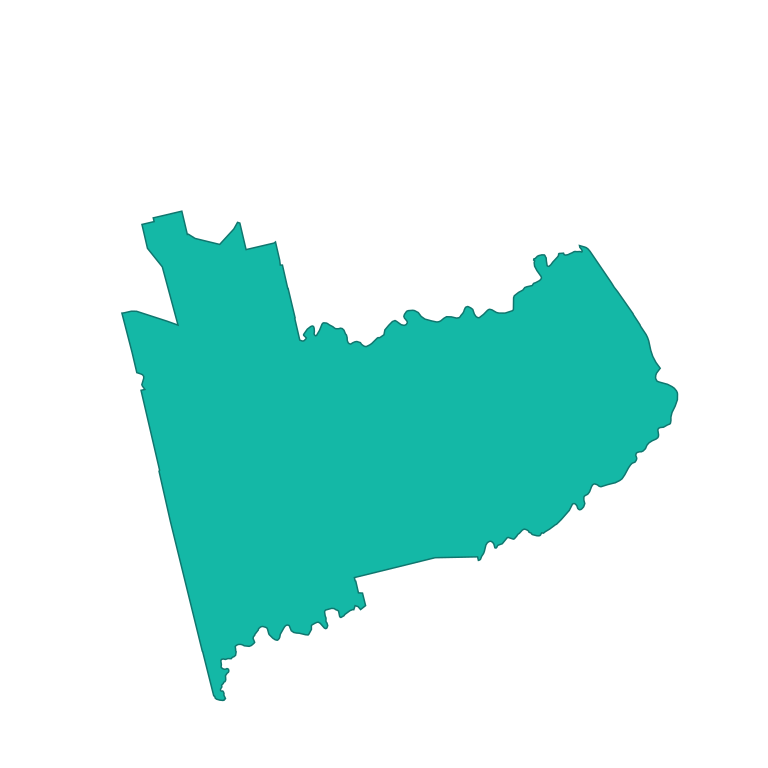 outline of Darebin, Victoria, Australia, rotated 249°
{"feature_id": "25037944B70656955995006", "entity_name": "Darebin", "entity_type": "district", "adm_level": 2, "iso_a3": "AUS", "parent_name": "Australia", "parent_adm1": "Victoria", "projection": "albers", "projection_center": [145.008, -37.738], "detail": "fine", "context": "isolated", "style": "filled", "palette": "teal", "viewbox_px": 768, "rotation_deg": 249, "n_neighbors": 0, "source": "geoboundaries", "source_scale": "gbopen_adm2", "svg_char_len": 6171}
<svg xmlns="http://www.w3.org/2000/svg" viewBox="0 0 768 768"><g transform="rotate(249 384 384)"><path d="M544.1,164.7L503.6,160.1L483.2,157.3L480.7,160.4L479.2,161.9L477.2,162.4L475.4,161.7L470.2,157.7L468.8,157.7L464.6,158.8L465.2,154.9L383.9,143.6L383.2,142.7L332.1,135.3L199.6,118.6L199.2,118.8L154.0,113.3L153.0,114.0L151.1,113.9L149.7,114.8L147.8,117.3L146.3,120.2L146.2,121.1L146.9,122.3L146.6,122.3L147.2,123.3L150.9,123.0L152.3,123.7L153.9,123.8L155.2,123.4L155.3,122.6L155.6,122.1L156.4,121.6L157.8,122.1L159.3,124.1L161.0,124.4L162.1,126.8L162.8,127.3L163.1,128.1L163.1,128.8L163.7,129.6L164.7,130.3L168.5,131.5L170.2,133.9L170.7,135.5L171.7,136.3L173.4,136.6L174.2,136.0L174.6,135.4L174.5,134.1L174.9,132.8L175.7,131.7L177.4,130.6L178.2,130.5L180.2,131.6L184.2,132.5L185.1,133.7L184.9,135.4L183.7,137.2L183.6,139.9L182.3,142.9L183.2,144.5L183.2,146.2L183.9,148.2L187.0,150.0L188.7,150.0L189.4,150.4L192.2,151.0L192.8,152.2L193.1,154.0L192.9,155.2L192.2,157.0L191.3,158.3L189.7,159.7L187.4,164.1L187.4,166.5L188.1,168.5L188.6,169.8L189.2,170.7L193.4,170.6L194.7,171.4L195.8,173.3L196.5,173.7L199.4,178.5L200.5,179.2L201.4,181.7L201.3,183.3L200.9,184.2L199.3,186.3L198.3,187.2L196.8,187.4L192.1,186.9L191.2,187.0L186.5,189.1L184.3,190.7L183.4,191.9L183.0,192.8L183.3,193.8L184.0,195.0L184.9,195.9L187.5,197.5L192.3,203.3L193.2,204.6L193.7,206.0L193.7,206.9L193.4,207.8L192.5,208.9L186.9,209.0L184.4,210.7L182.9,213.0L181.7,215.6L178.1,220.8L176.9,223.2L177.3,224.1L180.9,228.3L184.4,229.6L184.9,230.5L185.4,233.9L185.5,236.2L185.1,237.4L183.4,238.7L177.7,240.8L176.7,241.6L176.5,242.1L176.5,242.9L177.5,244.0L178.7,244.9L181.3,245.1L183.1,244.7L186.3,246.0L188.6,246.0L192.3,246.8L193.0,247.1L193.9,248.4L193.3,254.7L192.1,257.2L190.9,257.8L189.3,259.5L188.3,260.2L183.0,259.3L181.8,259.6L181.5,260.3L182.0,263.6L182.9,264.9L184.6,271.1L184.6,274.0L184.1,274.9L187.4,277.6L185.5,280.0L181.8,281.3L183.7,287.4L196.5,289.0L198.2,285.3L210.1,287.0L210.6,286.5L213.9,287.0L203.5,369.5L189.1,409.4L185.5,408.9L185.4,409.3L185.5,410.6L185.8,411.3L188.1,413.4L190.1,416.2L191.6,417.6L197.1,421.4L198.7,423.5L199.2,425.2L199.2,426.6L198.8,427.5L197.2,428.7L195.0,429.2L191.4,428.8L190.7,429.7L191.1,430.8L191.7,431.3L192.6,432.6L192.5,437.2L196.3,443.9L196.3,444.9L193.1,448.8L192.7,449.5L192.8,450.3L194.4,453.4L195.2,454.4L195.8,455.5L196.1,456.9L198.1,460.9L198.3,462.9L197.2,464.5L195.3,466.1L193.6,466.3L192.2,467.8L190.6,468.3L189.9,469.0L187.5,472.4L186.9,473.8L186.6,475.0L186.9,475.9L188.5,477.8L187.6,479.5L188.3,481.6L189.2,486.7L191.1,493.3L191.3,495.0L194.0,501.1L199.6,511.7L204.4,517.0L204.3,518.5L203.8,519.3L203.0,519.8L201.3,520.4L198.5,520.3L197.2,520.8L196.4,521.7L196.3,523.1L196.7,524.3L197.8,526.4L200.4,528.6L204.0,529.0L206.6,530.0L207.4,530.8L207.7,531.6L208.1,534.7L209.1,536.4L209.8,537.4L213.7,540.9L215.0,542.5L215.3,543.6L215.3,544.8L213.4,547.1L211.7,548.0L210.6,549.2L210.3,550.0L209.9,556.8L209.1,563.4L208.9,564.2L209.4,569.5L210.2,572.3L212.9,576.2L218.0,582.1L220.1,585.1L221.1,587.3L221.1,590.3L222.2,591.9L223.5,593.1L224.4,593.4L227.4,593.5L229.0,594.8L229.3,595.9L229.2,598.0L228.5,600.0L228.6,601.9L229.9,604.9L232.6,607.5L234.1,610.3L234.9,614.1L235.1,618.3L235.8,620.5L237.0,621.6L238.4,622.2L243.1,623.2L243.8,623.9L244.4,625.2L244.3,626.5L243.5,629.5L244.2,634.0L244.2,636.0L244.4,637.0L244.9,637.5L247.1,638.8L250.3,640.0L254.2,642.7L259.0,647.9L264.2,652.3L269.4,654.4L270.7,654.7L272.7,654.6L276.0,653.5L278.4,651.9L282.1,648.6L287.1,641.8L288.7,640.0L291.0,639.6L292.4,639.7L294.8,640.9L296.5,642.4L299.7,647.5L306.7,645.6L313.5,644.8L319.8,645.1L329.4,646.6L332.9,646.7L336.3,646.4L346.1,644.2L347.6,644.2L359.2,641.7L360.4,641.7L386.5,635.2L391.7,633.6L397.0,632.6L434.0,623.9L436.9,622.9L438.8,621.7L439.9,620.5L443.2,616.1L441.3,615.8L439.7,616.4L437.2,616.8L436.5,616.3L436.4,615.9L437.5,614.3L438.4,611.5L439.3,609.8L439.4,608.5L439.1,606.8L439.0,603.9L438.8,602.5L439.2,599.8L440.2,598.5L441.8,598.5L443.1,594.3L442.9,593.7L441.4,592.9L440.5,591.7L437.3,585.2L435.6,582.6L434.7,580.2L435.2,579.2L436.0,578.7L440.7,579.7L443.6,580.6L445.1,580.3L446.2,580.3L447.0,580.0L448.0,577.7L448.4,574.7L448.3,573.0L447.0,570.2L447.1,568.8L446.1,568.1L444.9,568.8L443.5,567.7L440.0,566.8L435.1,567.4L428.0,569.2L426.5,569.0L425.4,567.7L424.8,566.1L424.3,562.2L424.3,559.7L422.8,557.6L423.6,552.1L423.6,550.0L421.9,547.2L421.3,542.4L419.7,537.3L418.1,535.9L407.4,531.6L406.7,531.0L406.4,529.9L406.8,522.4L409.1,516.6L410.5,514.6L414.6,511.3L415.9,509.4L416.0,508.3L415.7,507.0L413.3,501.8L411.8,496.8L412.2,495.5L413.9,494.1L416.9,493.4L421.8,493.6L423.8,492.4L426.0,490.4L426.4,489.7L426.4,487.8L425.9,487.0L424.4,485.5L423.0,484.4L421.8,482.9L420.4,480.3L419.6,479.4L419.0,477.8L419.5,475.4L422.5,471.0L424.4,466.5L423.9,463.4L422.6,459.6L422.5,457.6L422.9,455.6L425.8,451.1L429.9,445.5L433.8,442.9L438.4,441.6L441.6,438.8L442.5,437.3L443.8,432.9L443.8,431.4L443.4,430.6L441.7,428.1L440.1,426.8L438.4,426.7L434.7,427.9L433.6,428.0L432.6,427.5L431.5,425.9L431.5,423.8L433.2,421.3L438.1,418.1L439.3,417.0L439.3,414.2L437.2,409.6L434.2,404.2L430.0,401.6L428.9,397.2L428.9,396.1L429.4,395.1L429.3,394.2L426.2,387.1L425.6,384.6L425.3,380.8L426.1,379.4L427.2,378.4L429.2,377.2L431.1,376.8L433.4,373.9L433.8,372.1L433.7,369.6L433.2,367.2L434.2,365.9L435.5,365.3L437.8,365.3L440.5,366.2L443.2,366.5L444.6,366.0L448.6,365.9L450.7,364.9L451.7,363.4L451.9,361.3L452.9,358.8L453.7,358.0L455.8,356.8L459.0,354.0L460.6,353.0L461.5,352.1L462.7,349.7L462.7,348.6L462.0,347.5L457.2,343.0L453.5,338.4L453.6,337.2L454.8,336.7L455.9,336.7L457.9,337.8L461.2,338.8L463.0,338.8L463.9,337.8L463.9,336.1L462.7,332.1L459.5,327.3L458.7,326.5L458.1,326.5L454.8,328.0L454.1,327.2L453.1,325.0L453.1,324.0L453.5,323.0L455.2,321.1L477.2,324.2L477.5,324.7L507.4,328.7L507.4,328.4L507.8,328.4L531.4,331.8L532.2,329.8L537.1,331.0L555.5,333.6L555.0,331.8L558.9,303.4L585.9,307.1L587.4,305.2L582.5,299.3L573.2,280.6L587.6,259.8L594.0,255.0L594.1,254.0L617.8,257.2L621.8,228.1L618.0,227.6L619.7,215.2L595.4,211.8L572.8,219.0L512.8,212.8L520.3,204.1L540.6,179.0L542.5,174.2L543.6,166.7L544.1,164.7Z" fill="#14b8a6" stroke="#0f766e" stroke-width="1.5"/></g></svg>